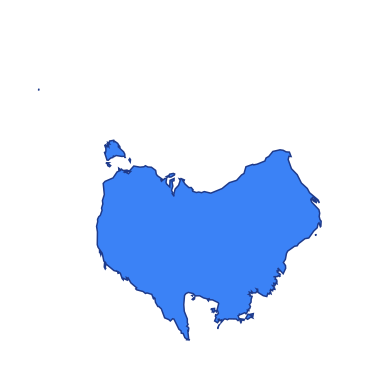 outline of Australia, rotated 164°
{"feature_id": "AUS", "entity_name": "Australia", "entity_type": "country or territory", "adm_level": 0, "iso_a3": "AUS", "parent_name": "Oceania", "parent_adm1": "", "projection": "robinson", "projection_center": [137.073, -32.4], "detail": "fine", "context": "isolated", "style": "filled", "palette": "blue", "viewbox_px": 384, "rotation_deg": 164, "n_neighbors": 0, "source": "natural_earth", "source_scale": "50m", "svg_char_len": 5936}
<svg xmlns="http://www.w3.org/2000/svg" viewBox="0 0 384 384"><g transform="rotate(164 192 192)"><path d="M241.2,59.3L240.8,61.5L242.4,63.7L244.4,74.8L245.5,75.5L248.4,74.0L249.4,75.7L253.0,78.6L253.7,88.1L255.5,91.1L256.4,91.4L257.5,96.0L257.0,100.2L258.6,102.0L258.9,104.7L263.1,107.4L264.7,107.3L266.4,109.8L272.1,113.2L272.8,114.4L271.6,115.1L275.8,121.5L277.1,127.1L277.8,126.8L278.6,127.8L278.9,125.4L281.8,127.9L282.3,126.6L283.0,128.0L283.3,133.7L285.0,135.8L288.7,138.0L294.5,146.5L294.5,148.1L295.8,149.9L295.2,157.9L297.5,164.6L297.6,167.4L293.9,179.7L293.2,185.3L290.9,189.3L290.3,191.8L288.5,193.9L286.6,194.8L283.5,199.2L283.4,201.4L281.0,205.1L280.5,208.4L277.0,213.7L275.0,224.7L272.6,226.2L264.0,227.3L258.4,232.0L255.0,232.4L255.6,233.5L256.3,233.1L255.9,235.1L254.6,233.3L253.5,233.5L252.7,232.0L250.7,231.2L251.5,230.2L251.2,229.3L250.2,229.2L248.4,230.9L247.1,229.9L248.1,229.9L249.3,228.3L248.1,227.1L245.4,228.6L246.9,229.1L240.8,233.0L235.1,230.2L231.2,229.5L229.6,230.1L227.5,228.2L224.2,227.0L221.0,222.8L221.4,219.1L220.8,217.2L216.7,212.1L218.5,212.3L218.4,210.8L214.3,212.5L212.5,212.3L214.3,208.5L214.2,206.8L212.0,203.0L209.9,209.3L205.5,209.9L206.2,207.8L208.3,207.8L208.8,202.9L211.2,199.2L210.8,196.7L211.5,196.0L210.4,192.7L210.4,194.3L207.4,199.5L203.1,202.1L200.2,206.2L200.6,208.2L199.6,207.5L198.9,208.0L196.0,205.7L196.5,205.0L197.8,205.7L196.5,201.6L193.8,197.1L191.5,196.5L190.4,193.8L191.1,193.7L191.1,192.5L188.0,190.3L185.5,190.1L183.0,188.7L180.1,189.0L174.2,185.7L162.2,187.0L153.5,190.7L145.9,190.9L139.7,194.7L136.9,195.5L133.2,201.4L125.9,201.8L125.3,201.1L121.8,200.8L113.4,201.7L111.4,204.3L108.4,205.0L103.1,208.7L95.8,208.3L92.9,207.0L90.4,204.6L87.4,203.5L87.0,198.8L89.0,199.6L90.6,196.7L90.0,187.0L86.1,179.6L84.4,170.5L80.2,163.6L79.2,158.9L74.1,151.3L74.9,151.7L75.1,150.7L76.5,153.8L77.9,153.4L77.9,152.3L75.1,148.3L75.4,147.6L76.9,149.0L77.1,151.0L77.8,150.2L78.7,152.2L79.2,152.7L79.9,152.0L79.7,149.2L74.9,140.0L75.1,136.4L76.5,133.4L76.6,130.2L75.9,128.4L77.6,123.5L78.2,123.2L78.4,127.4L79.7,126.5L81.5,123.1L85.6,121.0L92.4,115.6L96.3,116.0L103.8,113.0L105.7,111.3L108.4,111.6L116.3,108.8L118.1,106.9L120.8,101.5L123.6,99.1L122.4,95.5L123.0,92.8L126.9,88.3L130.4,95.3L130.5,92.1L131.9,92.7L132.1,91.4L129.9,88.6L130.6,88.1L130.5,86.9L131.2,86.7L132.0,87.9L133.0,87.2L137.1,88.1L135.0,87.4L136.4,84.6L135.5,85.3L134.8,83.9L135.1,82.2L135.8,82.2L136.5,80.8L138.6,81.8L138.7,81.0L137.8,81.0L137.4,80.0L138.5,79.0L140.3,79.8L139.2,77.1L141.5,75.6L141.7,74.2L142.0,75.9L142.8,75.6L143.3,76.5L144.0,75.7L144.1,72.4L145.3,73.6L146.1,72.6L147.1,73.6L148.9,70.9L152.1,72.7L156.3,77.4L155.6,81.1L156.1,80.4L156.7,80.9L156.2,79.3L158.5,77.5L161.2,78.2L162.1,80.0L162.4,78.2L164.5,79.9L164.5,78.0L165.7,77.9L164.3,76.7L164.8,76.1L163.0,75.1L164.8,72.4L165.6,69.8L167.9,68.0L167.4,65.8L168.7,64.0L169.9,63.8L170.0,62.4L171.3,63.2L171.4,62.0L173.7,60.0L174.6,61.4L179.2,60.8L180.1,61.5L180.7,60.5L181.8,60.4L181.6,57.3L176.7,55.1L177.5,54.3L178.6,55.1L179.6,54.6L181.6,56.4L183.2,55.7L184.5,57.7L191.5,59.9L193.2,59.5L194.9,60.8L196.0,61.0L200.0,58.5L198.8,60.9L200.5,60.8L200.9,62.3L201.9,62.4L202.0,60.4L203.5,59.3L205.8,61.8L203.5,64.7L203.8,66.1L203.1,67.5L202.1,66.9L200.1,68.0L200.2,72.1L197.1,77.4L197.4,78.5L202.1,82.7L204.5,83.4L204.9,84.8L206.1,84.7L210.1,87.0L213.2,90.1L217.5,91.3L218.8,94.0L223.2,96.5L225.9,96.0L227.7,94.6L231.0,85.9L232.3,79.4L231.5,71.2L232.5,67.7L232.3,65.7L234.1,64.4L232.7,62.8L232.7,61.8L233.8,59.4L234.3,59.9L235.5,52.8L237.1,51.2L238.0,51.5L237.7,52.3L239.0,53.9L239.5,58.4L241.2,59.3ZM246.7,244.9L249.6,245.5L254.9,248.0L257.1,247.5L257.7,248.1L258.5,247.0L260.9,247.0L263.7,245.6L264.9,246.1L265.2,254.8L264.6,253.2L263.5,255.1L262.8,257.6L263.0,260.8L262.0,261.2L261.3,259.9L262.1,259.3L261.0,258.8L260.3,260.0L259.6,258.5L259.2,261.2L257.9,260.8L258.3,261.6L257.1,263.7L252.9,263.3L252.7,262.2L253.8,261.8L252.0,261.7L250.1,259.3L248.8,254.9L250.1,256.5L250.4,255.7L249.5,254.3L249.0,254.7L249.1,253.5L246.7,249.5L246.2,246.9L246.7,244.9ZM169.9,55.5L173.6,54.3L175.1,55.9L171.8,59.1L169.3,57.1L168.5,54.4L169.9,55.5ZM209.4,213.1L211.1,213.0L212.2,213.9L209.8,214.2L208.6,215.3L204.8,215.0L203.7,214.1L204.2,213.2L207.9,212.2L209.3,212.4L209.4,213.1ZM204.5,71.2L205.5,71.1L204.7,73.0L205.9,73.7L205.5,74.4L202.4,73.9L202.9,71.6L204.2,70.4L204.5,71.2ZM295.4,148.5L294.8,147.2L295.3,144.9L296.4,143.7L295.9,142.5L296.6,141.9L297.0,144.1L295.4,148.5ZM264.2,239.0L265.7,240.5L265.7,241.7L264.6,242.3L262.9,239.8L264.2,239.0ZM168.0,55.3L169.8,58.4L166.6,58.2L168.0,55.3ZM242.6,241.3L242.2,240.0L243.1,237.9L243.8,240.3L242.6,241.3ZM221.4,88.8L219.8,89.7L218.3,90.3L219.1,88.5L220.7,88.0L221.4,88.8ZM74.1,150.5L72.8,148.7L72.6,147.1L72.8,147.0L74.1,150.5ZM265.7,242.6L266.4,243.4L266.1,243.7L264.0,243.0L265.7,242.6ZM284.4,134.2L285.5,134.2L285.5,135.8L284.4,134.2ZM258.4,99.9L258.7,101.0L258.5,101.5L257.3,100.0L258.4,99.9ZM259.3,261.6L259.4,263.0L258.4,262.5L259.3,261.6ZM297.5,159.4L297.0,161.2L296.8,161.2L296.9,159.2L297.5,159.4ZM181.1,55.1L180.5,53.4L181.0,52.9L181.3,54.2L181.1,55.1ZM204.7,54.4L203.4,55.9L204.9,53.2L204.7,54.4ZM297.0,158.7L296.6,157.5L297.0,156.8L297.0,158.7ZM206.7,84.0L205.8,83.6L206.2,82.8L206.5,83.3L206.7,84.0ZM202.0,71.2L201.2,71.3L201.7,70.3L202.0,71.2ZM85.2,115.7L85.0,116.9L84.6,116.8L85.2,115.7ZM236.1,51.2L235.6,51.6L235.3,50.8L235.7,50.5L236.1,51.2ZM251.2,230.0L250.4,230.4L250.1,230.2L250.2,229.8L251.2,230.0ZM311.3,332.5L310.6,333.5L311.4,331.8L311.3,332.5ZM203.1,56.4L201.5,57.5L203.2,56.1L203.1,56.4ZM139.3,75.6L138.7,76.3L139.1,75.5L139.3,75.6ZM260.1,261.3L259.4,260.8L259.8,260.3L260.0,260.5L260.1,261.3ZM220.6,92.5L219.7,92.5L220.2,91.9L220.6,92.5ZM136.1,81.3L135.6,81.7L135.6,80.7L136.1,81.3ZM249.7,230.7L250.4,231.3L249.3,231.1L249.7,230.7ZM278.4,125.2L278.1,125.2L278.3,124.6L278.4,125.2ZM247.0,243.8L246.8,244.4L246.7,243.7L247.0,243.8Z" fill="#3b82f6" stroke="#1e3a8a" stroke-width="1.5"/></g></svg>